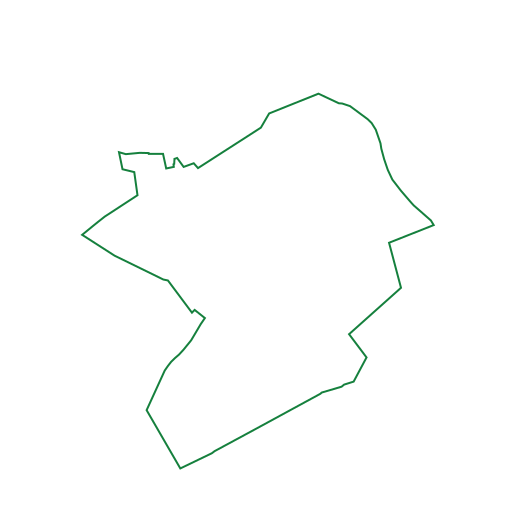 San Pedro Huilotepec, Oaxaca, Mexico, rotated 331°
{"feature_id": "50627088B95823703816090", "entity_name": "San Pedro Huilotepec", "entity_type": "district", "adm_level": 2, "iso_a3": "MEX", "parent_name": "Mexico", "parent_adm1": "Oaxaca", "projection": "orthographic", "projection_center": [-95.147, 16.245], "detail": "fine", "context": "isolated", "style": "outline", "palette": "green", "viewbox_px": 512, "rotation_deg": 331, "n_neighbors": 0, "source": "geoboundaries", "source_scale": "gbopen_adm2", "svg_char_len": 1123}
<svg xmlns="http://www.w3.org/2000/svg" viewBox="0 0 512 512"><g transform="rotate(331 256 256)"><path d="M128.0,150.7L114.2,153.2L132.5,187.2L162.4,230.0L163.5,231.6L167.1,234.7L172.5,274.5L176.2,273.4L181.2,285.5L174.6,288.8L164.9,294.5L158.4,298.3L147.2,302.8L140.9,304.9L135.6,306.0L130.5,307.4L125.8,309.4L120.7,311.9L85.6,337.8L86.8,405.1L121.9,407.1L125.2,406.6L170.0,407.1L245.5,407.7L247.3,407.3L267.5,411.8L270.7,411.2L280.5,413.2L303.5,398.3L299.5,369.5L367.4,354.1L378.8,308.9L426.4,315.1L426.2,309.7L418.5,288.3L417.8,285.4L417.0,281.7L415.9,276.4L414.5,269.6L414.2,267.8L412.3,255.3L413.0,244.8L413.2,243.5L415.1,233.0L415.2,232.7L417.6,223.0L417.7,222.7L419.5,217.8L422.0,203.6L421.6,195.8L420.0,190.5L410.9,170.5L405.3,164.4L402.5,162.6L389.3,144.3L336.6,137.7L322.5,146.1L247.9,151.0L246.5,144.7L235.9,143.0L234.5,132.0L231.8,131.5L229.1,135.8L228.3,135.8L227.3,138.2L224.4,137.3L219.9,135.9L224.2,121.6L222.2,120.5L211.7,114.7L212.0,113.9L204.3,109.4L191.5,103.8L186.5,98.8L181.3,115.4L190.2,123.6L181.8,145.4L142.9,148.2L134.3,149.6L128.0,150.7Z" fill="none" stroke="#15803d" stroke-width="2"/></g></svg>